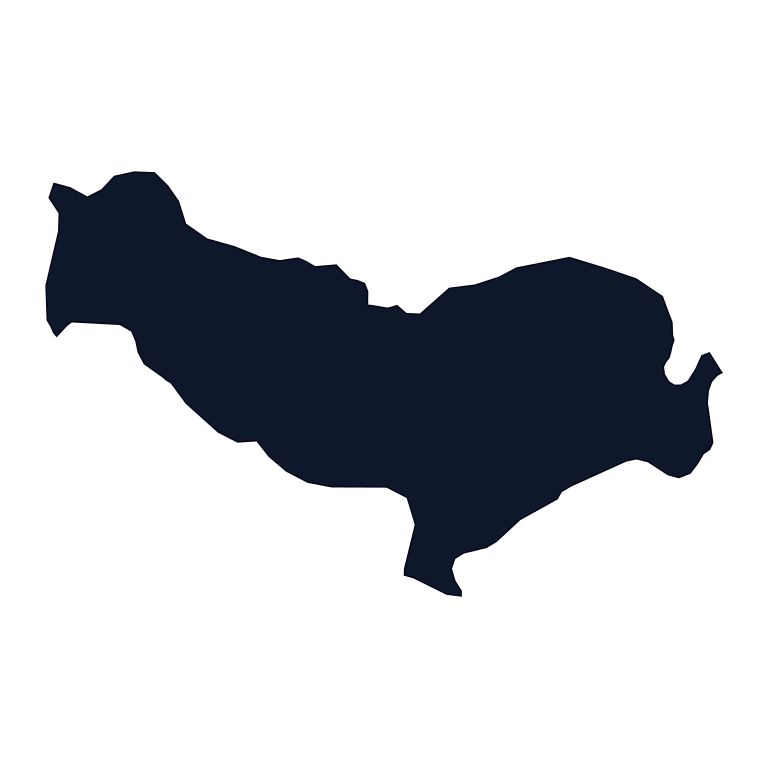 SVG path tracing the border of Vientiane [prefecture]
{"feature_id": "LAO-3283", "entity_name": "Vientiane [prefecture]", "entity_type": "Prefecture", "adm_level": 1, "iso_a3": "LAO", "parent_name": "Laos", "parent_adm1": "", "projection": "albers", "projection_center": [102.591, 18.122], "detail": "fine", "context": "isolated", "style": "filled", "palette": "ink", "viewbox_px": 768, "rotation_deg": 0, "n_neighbors": 0, "source": "natural_earth", "source_scale": "10m", "svg_char_len": 1533}
<svg xmlns="http://www.w3.org/2000/svg" viewBox="0 0 768 768"><path d="M90.2,322.7L71.6,321.7L66.9,325.2L56.7,336.2L53.7,332.7L50.9,326.2L47.3,320.1L46.1,285.6L58.8,231.2L59.3,213.1L49.2,197.8L54.0,183.5L69.9,187.8L87.3,197.3L101.8,189.9L114.5,176.4L134.3,172.1L154.4,172.9L167.6,185.9L178.4,201.4L185.5,224.1L206.9,239.1L234.5,246.9L260.8,257.5L279.3,260.9L298.1,258.2L306.2,261.7L315.0,266.9L336.2,265.1L346.9,276.1L350.1,279.3L357.4,280.7L364.5,283.6L367.6,291.6L367.4,303.2L368.3,306.1L370.3,305.4L387.7,308.4L397.0,305.7L406.2,313.7L420.1,314.3L449.4,288.4L475.0,285.2L499.1,277.3L516.6,268.1L569.4,257.6L603.3,267.9L635.9,278.9L662.3,296.6L667.5,310.8L671.9,322.3L672.4,335.3L673.8,340.1L671.8,346.2L670.4,352.9L668.9,357.7L665.7,361.8L663.3,366.7L664.2,374.2L668.6,381.8L674.4,385.4L681.2,385.2L688.3,381.2L695.9,369.1L701.9,355.8L709.3,352.9L721.3,372.0L721.9,372.6L716.9,375.3L711.4,381.6L708.2,390.6L707.2,403.0L712.7,442.6L709.6,449.3L703.2,453.7L697.5,463.4L690.1,473.1L678.8,477.5L668.1,474.6L648.1,461.6L636.5,458.7L626.0,460.9L570.6,486.0L561.2,491.6L557.2,498.8L519.9,519.5L496.2,541.4L486.4,547.3L463.6,552.9L454.7,558.4L451.2,568.8L454.9,581.2L461.1,591.0L461.1,595.9L446.8,594.1L413.7,577.7L404.5,575.1L404.7,568.8L415.5,524.6L407.3,497.5L386.6,486.9L331.5,486.7L307.9,482.2L286.4,471.0L269.0,456.2L256.9,440.7L237.6,441.9L218.4,432.1L186.2,403.2L171.1,382.7L166.2,379.9L163.8,377.6L144.3,363.7L138.3,352.1L135.9,340.7L131.7,331.0L119.9,324.3L90.2,322.7Z" fill="#0f172a" stroke="#020617" stroke-width="1.5"/></svg>